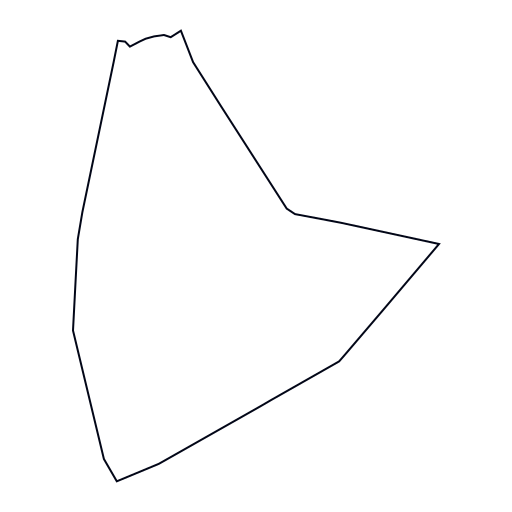 outline of São Pedro, Rio Grande do Norte, Brazil
{"feature_id": "56859067B47368884593899", "entity_name": "São Pedro", "entity_type": "district", "adm_level": 2, "iso_a3": "BRA", "parent_name": "Brazil", "parent_adm1": "Rio Grande do Norte", "projection": "orthographic", "projection_center": [-35.632, -5.887], "detail": "fine", "context": "isolated", "style": "outline", "palette": "ink", "viewbox_px": 512, "rotation_deg": 0, "n_neighbors": 0, "source": "geoboundaries", "source_scale": "gbopen_adm2", "svg_char_len": 460}
<svg xmlns="http://www.w3.org/2000/svg" viewBox="0 0 512 512"><path d="M339.1,361.4L344.5,355.2L383.6,309.4L439.0,244.0L340.6,222.7L295.0,214.1L286.7,208.6L220.8,105.9L193.1,62.2L180.9,30.7L170.7,37.2L163.9,35.0L154.1,36.4L145.7,38.7L139.7,41.5L129.9,46.6L125.1,41.6L117.9,40.8L113.6,62.3L82.4,212.0L77.8,239.2L75.5,282.5L73.0,330.5L103.9,459.0L116.8,481.3L158.9,463.8L260.9,406.0L271.7,399.7L339.1,361.4Z" fill="none" stroke="#020617" stroke-width="2"/></svg>